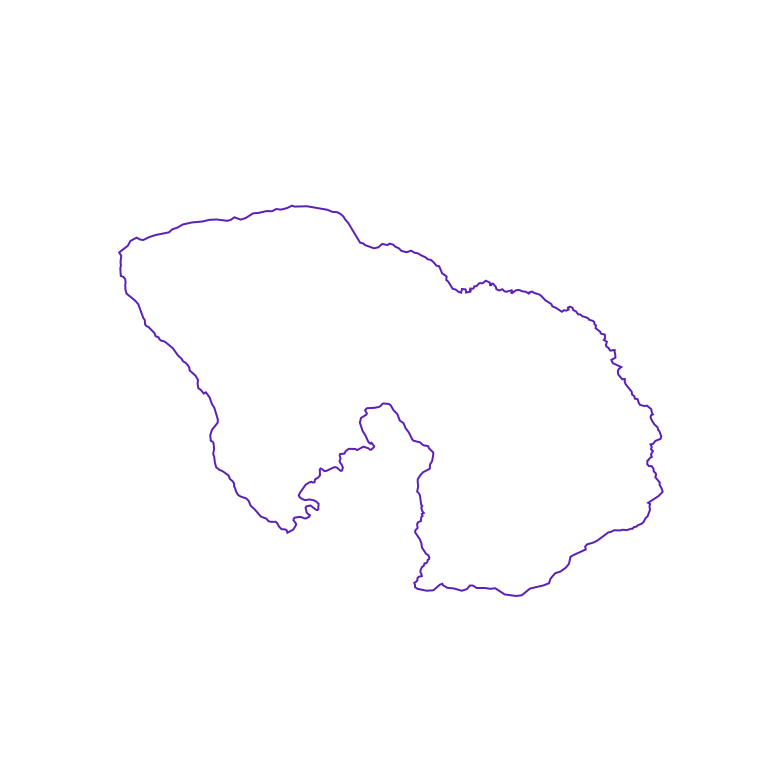 the district of Mapoteng, Berea, Lesotho, rotated 129°
{"feature_id": "5366337B76101580531091", "entity_name": "Mapoteng", "entity_type": "district", "adm_level": 2, "iso_a3": "LSO", "parent_name": "Lesotho", "parent_adm1": "Berea", "projection": "robinson", "projection_center": [27.99, -29.125], "detail": "fine", "context": "isolated", "style": "outline", "palette": "violet", "viewbox_px": 768, "rotation_deg": 129, "n_neighbors": 0, "source": "geoboundaries", "source_scale": "gbopen_adm2", "svg_char_len": 6156}
<svg xmlns="http://www.w3.org/2000/svg" viewBox="0 0 768 768"><g transform="rotate(129 384 384)"><path d="M448.4,672.6L449.8,668.8L454.8,665.7L457.4,663.1L460.2,661.6L465.6,656.6L464.8,653.7L465.3,651.3L467.3,649.0L469.9,647.4L473.6,644.1L475.8,640.9L475.8,629.8L476.7,625.0L484.2,612.6L484.8,610.2L488.1,607.1L488.5,605.0L487.9,602.8L488.9,594.2L490.6,591.6L489.6,588.6L490.5,586.7L490.6,584.6L489.3,581.9L489.0,579.1L489.1,570.6L491.5,561.9L491.8,557.2L492.8,554.6L492.4,551.4L492.9,548.2L493.7,545.9L495.8,543.4L496.1,535.9L497.9,531.1L501.2,529.0L504.1,525.7L503.9,522.7L504.8,518.1L502.6,517.3L503.3,514.1L504.4,510.7L507.9,505.1L509.3,500.8L516.1,490.9L518.7,488.9L527.7,488.9L533.1,486.8L537.1,483.0L536.7,481.0L537.1,479.4L541.5,475.1L545.8,472.8L547.5,470.1L551.2,466.3L554.2,462.3L554.4,458.6L553.3,454.3L552.9,447.3L554.8,443.9L554.8,440.7L555.7,437.8L558.0,436.0L558.6,434.3L560.8,431.1L562.0,427.6L561.8,425.0L559.6,418.9L560.0,415.7L562.6,410.7L562.8,405.6L564.5,396.3L562.7,390.6L563.3,387.4L562.2,385.0L559.2,381.4L559.4,379.1L560.9,375.9L561.3,372.2L559.3,369.5L558.9,367.6L560.4,365.5L554.3,362.9L549.7,363.5L548.5,363.8L547.8,364.9L546.8,368.7L545.3,369.4L544.1,369.3L540.5,366.1L539.5,364.6L538.4,361.1L537.6,360.1L534.2,358.6L532.7,358.9L532.5,359.4L532.9,360.5L532.6,363.1L529.5,367.1L528.0,367.3L524.7,364.7L524.5,357.7L523.9,356.4L522.9,356.2L518.2,359.5L518.0,363.0L518.7,365.7L520.7,369.3L524.0,372.4L524.9,375.4L525.1,377.9L524.3,380.1L521.3,380.9L511.5,381.5L507.5,380.1L505.7,378.9L505.5,377.6L504.2,376.2L501.6,377.5L498.4,376.4L495.4,376.2L490.8,380.1L489.6,380.1L489.3,379.6L489.1,375.4L487.6,374.0L480.3,370.5L479.2,369.4L478.6,367.8L478.8,363.1L478.3,362.5L477.5,362.2L474.8,363.4L473.2,366.4L472.8,368.7L471.9,370.0L469.2,370.9L467.5,373.4L466.0,374.0L463.1,371.0L460.2,371.5L456.6,370.6L452.6,365.5L452.3,363.3L445.6,360.5L443.8,355.7L443.8,353.3L443.3,352.7L439.7,352.1L438.6,352.5L437.7,355.7L437.6,356.9L438.9,357.0L439.1,357.8L438.8,359.8L435.8,365.8L433.8,371.3L429.2,378.5L424.8,380.5L419.2,378.5L417.7,378.7L416.3,382.2L414.5,382.2L413.2,381.7L408.8,376.7L405.3,373.7L403.5,372.8L400.8,372.8L399.5,372.2L396.5,367.8L396.3,365.6L398.4,360.0L399.0,354.7L402.5,348.6L402.1,344.3L404.7,339.5L406.1,334.0L409.3,327.2L409.5,325.5L406.6,318.9L407.0,316.2L406.5,314.1L404.5,310.7L405.6,308.7L406.2,302.8L407.7,301.4L413.6,298.1L417.7,297.6L421.0,295.1L428.0,298.1L431.7,298.4L436.6,297.9L438.7,296.4L442.0,293.0L446.8,290.5L447.0,288.0L448.1,285.8L454.4,279.2L454.7,277.5L456.6,277.3L458.9,274.0L459.2,271.9L461.3,272.8L462.2,271.0L464.0,271.3L467.1,269.1L470.1,270.5L472.0,270.1L474.8,267.3L477.8,267.6L479.7,266.5L482.1,258.5L484.2,254.8L487.2,251.6L489.5,244.5L489.2,241.7L490.3,239.7L491.6,238.8L493.1,239.3L495.0,238.4L496.9,238.5L497.9,239.6L500.3,238.7L502.5,239.3L504.9,238.7L507.3,237.4L508.1,235.3L509.5,233.7L511.8,235.6L513.7,235.9L515.4,234.6L517.0,234.5L519.5,235.3L520.6,233.4L522.3,232.2L522.1,229.0L517.7,220.6L513.2,215.8L504.8,214.3L502.6,213.0L503.3,211.4L502.5,206.4L498.9,201.0L495.7,193.4L491.2,190.5L486.5,190.4L484.7,188.0L484.2,183.6L479.1,177.3L476.2,172.4L472.7,169.0L471.6,157.8L465.6,147.9L461.5,144.0L451.1,141.8L440.3,133.4L435.0,130.4L430.3,132.1L423.3,131.9L418.8,128.9L412.2,127.1L407.3,127.1L401.0,130.3L397.9,129.2L385.6,123.1L383.8,125.3L380.9,125.3L375.3,121.4L371.2,119.6L358.2,116.3L356.4,114.8L352.7,113.0L349.3,108.4L347.1,106.8L344.7,103.3L340.7,100.7L340.2,99.8L337.8,99.7L336.3,98.2L334.3,97.9L330.5,95.9L327.8,95.4L323.6,96.3L321.0,95.9L314.4,98.1L312.0,100.7L309.8,101.7L310.1,104.0L298.3,100.1L292.4,99.6L290.4,102.7L288.9,106.4L287.0,107.7L285.7,114.5L283.2,115.5L282.3,116.9L282.2,119.4L280.2,121.3L279.4,124.3L281.1,126.4L280.7,128.9L277.7,131.1L276.6,130.6L273.9,130.8L272.1,130.0L270.7,132.2L266.9,132.8L266.7,135.4L264.4,136.3L263.2,138.9L261.5,137.3L257.5,137.3L252.6,134.6L250.2,135.5L247.2,140.7L247.3,141.7L245.5,144.2L245.2,148.6L243.7,153.1L242.1,155.9L240.3,156.8L238.4,155.9L237.6,158.0L235.4,160.4L235.3,165.9L237.4,168.0L239.1,171.9L238.3,174.3L236.2,177.4L237.5,179.9L236.0,181.6L236.1,184.5L234.1,186.7L232.1,196.0L231.0,198.1L228.6,200.0L230.4,201.9L229.2,207.9L226.6,210.5L224.3,211.0L221.5,210.2L223.8,219.3L222.2,222.5L217.9,220.7L215.1,223.3L213.8,225.2L212.5,225.9L213.1,227.1L215.2,228.5L215.7,229.7L214.7,231.8L214.8,234.8L214.4,235.8L210.9,237.5L211.4,240.9L209.4,240.9L206.6,243.5L208.2,246.6L208.1,247.9L207.3,248.8L207.5,254.7L205.1,256.1L205.1,258.0L203.6,259.4L203.5,261.3L205.0,265.2L204.5,266.4L204.8,268.2L206.6,272.7L206.4,275.1L207.7,277.0L206.8,280.1L207.4,283.6L206.2,285.2L206.7,287.6L207.1,288.3L208.9,289.1L209.3,288.9L209.6,287.6L210.3,287.5L212.1,288.4L213.5,290.6L215.9,291.2L216.7,298.8L217.7,302.0L216.6,304.3L217.4,311.4L216.6,316.9L216.7,319.8L218.7,324.5L219.1,327.2L221.2,328.7L221.9,328.1L222.6,328.3L223.1,331.8L225.2,335.4L225.5,337.1L226.3,338.8L228.2,340.4L232.8,341.7L233.0,342.4L231.2,342.7L230.9,343.8L235.3,346.9L236.1,348.7L235.9,351.7L238.8,353.3L239.6,356.3L238.1,358.3L237.4,362.4L237.9,363.2L238.8,363.4L239.6,362.9L240.4,363.7L238.6,365.8L239.7,369.9L243.6,370.7L245.6,373.3L250.0,373.8L251.2,375.3L252.7,374.7L254.1,374.9L255.5,377.0L256.9,376.4L256.9,375.3L258.0,375.0L261.3,377.9L259.6,379.4L259.2,380.3L261.1,383.2L264.5,381.5L265.5,384.1L265.5,387.8L266.8,390.5L264.0,398.6L264.0,401.0L261.0,403.1L261.4,408.5L257.8,415.2L259.0,417.6L258.1,422.7L258.1,425.8L259.5,428.3L259.5,432.0L260.4,435.0L261.2,440.1L262.8,442.9L263.3,446.8L267.3,449.3L269.6,454.2L269.2,457.9L270.2,461.9L269.9,464.4L271.4,468.0L273.7,468.6L276.4,473.6L281.3,474.4L284.8,477.1L288.0,486.2L287.8,488.4L289.2,491.5L281.3,513.3L280.4,518.3L279.4,520.8L279.2,524.7L279.9,528.4L282.8,532.6L284.2,537.6L294.4,555.8L302.3,565.0L303.4,567.8L308.2,570.0L313.4,573.9L315.8,577.8L320.3,579.8L323.4,584.0L329.8,589.0L333.8,593.2L342.2,596.0L346.4,598.8L348.6,605.2L352.9,606.4L355.9,608.6L361.4,617.5L366.4,623.1L371.9,627.3L379.5,635.1L386.6,640.7L392.5,643.0L396.8,645.8L401.5,646.6L412.0,655.3L417.5,658.9L423.6,661.7L425.1,664.2L426.0,668.4L432.5,671.1L437.8,670.1L448.4,672.6Z" fill="none" stroke="#5b21b6" stroke-width="2"/></g></svg>